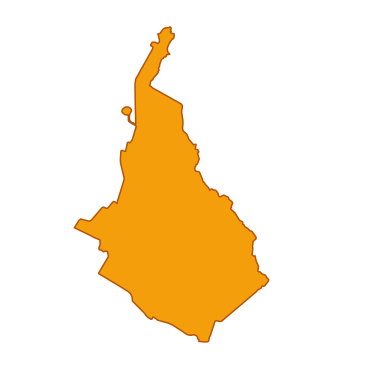 map outline of Ahal (orthographic projection), rotated 211°
{"feature_id": "TKM-352", "entity_name": "Ahal", "entity_type": "Province", "adm_level": 1, "iso_a3": "TKM", "parent_name": "Turkmenistan", "parent_adm1": "", "projection": "orthographic", "projection_center": [59.653, 37.88], "detail": "fine", "context": "isolated", "style": "filled", "palette": "amber", "viewbox_px": 384, "rotation_deg": 211, "n_neighbors": 0, "source": "natural_earth", "source_scale": "10m", "svg_char_len": 6012}
<svg xmlns="http://www.w3.org/2000/svg" viewBox="0 0 384 384"><g transform="rotate(211 192 192)"><path d="M293.1,319.4L292.6,318.9L293.0,318.2L292.6,317.7L292.2,317.5L291.8,317.6L289.5,318.1L288.8,318.3L287.7,316.6L287.1,315.3L286.9,313.9L287.1,313.5L287.7,312.9L287.8,312.5L287.8,311.5L287.8,311.2L288.1,309.9L288.1,309.3L287.8,308.9L288.1,307.7L288.0,306.8L287.8,305.9L287.6,303.9L287.3,302.9L286.9,302.0L286.4,301.2L285.7,300.4L284.9,299.6L283.9,299.2L282.8,299.0L282.2,298.7L282.7,298.1L283.6,297.3L284.2,296.7L284.2,296.2L284.0,295.1L284.1,294.4L284.4,294.1L284.8,293.9L285.2,293.6L285.4,293.0L285.4,292.0L285.6,291.5L285.8,291.1L286.3,290.5L286.3,290.1L286.3,289.8L286.1,288.2L285.4,284.7L284.7,283.6L284.6,283.1L284.5,281.8L284.4,281.2L284.2,280.6L284.1,280.3L283.8,279.9L283.4,279.7L283.0,279.5L283.1,279.1L283.3,278.7L282.6,277.1L282.8,274.4L283.7,269.9L283.5,269.0L283.4,268.4L283.6,267.8L283.8,267.3L284.1,266.8L284.2,266.2L284.3,265.5L284.2,264.8L283.6,263.4L283.2,261.5L281.4,261.3L279.2,260.9L246.3,261.9L244.8,261.1L243.9,259.5L242.6,256.1L241.6,254.5L236.8,248.8L234.8,245.6L233.1,242.0L231.7,240.3L230.1,239.6L226.4,238.9L224.8,237.9L221.8,235.5L215.4,233.4L214.9,233.4L214.5,233.6L214.0,234.4L213.7,234.7L213.3,234.8L212.7,234.4L212.4,233.4L212.1,232.4L211.8,231.5L211.1,230.7L210.4,230.6L209.0,231.1L208.6,231.1L208.3,230.9L207.6,230.3L206.9,230.1L206.8,229.7L206.9,228.9L207.2,228.6L207.2,228.3L207.0,227.9L206.1,227.0L203.4,224.6L202.8,223.9L202.0,220.0L201.9,218.8L202.0,218.2L202.5,217.2L202.4,216.7L202.1,216.1L202.2,214.9L202.0,214.1L201.2,212.9L200.3,212.1L199.3,211.8L196.8,212.9L195.8,212.8L189.9,208.5L188.5,207.0L188.0,206.8L186.7,206.5L186.1,206.4L185.5,205.9L183.8,205.1L180.4,204.3L177.7,202.7L177.5,203.1L177.4,204.0L176.8,204.7L176.3,204.9L175.8,204.9L174.9,204.7L174.4,204.7L174.1,204.9L173.8,205.3L173.4,205.5L172.4,205.6L171.4,205.4L169.5,204.6L167.3,202.6L166.6,202.2L165.7,202.3L165.0,202.8L164.5,203.6L164.1,204.5L163.5,205.4L162.7,205.8L158.7,206.1L158.1,206.0L156.9,205.1L156.4,204.8L152.9,204.3L152.2,204.0L151.4,203.3L151.2,202.7L151.2,201.9L151.1,200.9L151.0,200.5L150.3,199.1L150.3,198.7L150.4,198.3L150.4,197.9L150.0,197.5L149.3,197.2L148.6,197.0L147.1,196.8L144.2,196.1L137.4,192.6L135.8,192.2L133.6,192.4L133.0,192.2L132.7,191.8L132.4,190.9L132.1,190.6L131.7,190.5L131.0,190.7L130.6,190.6L130.0,190.3L129.5,189.8L128.9,189.4L128.2,189.4L127.6,189.5L125.4,189.5L123.2,188.8L122.5,188.7L121.7,188.8L121.0,189.0L120.3,189.1L114.0,186.4L113.0,184.9L113.9,182.0L114.0,181.1L113.9,180.1L112.9,178.7L112.5,177.0L111.1,175.4L110.6,174.6L109.8,172.7L108.9,170.9L108.7,170.4L108.7,170.0L108.6,169.6L108.1,169.3L107.2,169.0L106.7,168.9L106.2,168.9L105.4,169.3L105.1,169.7L101.4,165.9L97.3,162.9L96.6,162.2L95.8,160.7L95.6,160.3L95.1,158.4L94.8,158.1L94.5,158.0L93.8,158.0L92.5,158.5L92.1,158.6L91.7,158.5L90.6,158.0L90.0,157.9L89.1,157.9L86.9,158.5L86.4,158.5L85.7,158.2L83.2,156.9L82.5,156.7L81.6,156.6L81.1,156.3L80.9,155.9L80.7,155.5L80.7,154.6L81.3,149.5L81.4,149.0L81.6,148.6L81.9,148.2L83.0,147.7L83.3,147.5L83.4,147.2L83.5,146.6L83.3,145.5L83.4,145.0L83.7,144.5L85.1,142.0L85.3,141.6L85.4,140.8L85.6,139.4L100.1,96.6L100.5,96.0L100.8,95.8L101.8,95.2L104.6,94.3L105.1,93.9L105.4,93.6L105.7,93.2L105.6,92.5L102.4,78.6L102.0,75.3L101.8,74.9L101.4,73.9L101.1,73.0L101.1,72.5L101.2,72.1L101.5,71.7L103.9,70.0L109.1,67.5L109.3,68.2L109.6,68.6L109.9,68.8L111.5,69.2L111.9,69.5L112.7,70.5L112.9,70.7L113.4,71.0L113.9,71.0L116.5,70.7L116.8,70.6L117.2,70.4L118.8,68.8L119.8,68.3L122.5,67.3L139.8,68.0L144.8,67.4L155.3,64.5L159.9,65.0L160.7,64.9L160.9,64.7L161.0,64.4L160.9,62.9L160.9,62.6L161.0,62.3L161.1,62.1L161.3,61.9L161.5,61.8L161.9,61.8L165.2,61.8L168.1,62.6L170.0,63.5L187.0,67.9L189.0,70.8L189.6,71.3L192.1,73.1L195.3,73.8L206.1,74.0L229.5,74.0L230.0,74.1L230.2,74.4L230.3,75.0L230.4,92.9L230.5,93.6L230.8,94.1L233.3,97.1L233.6,97.2L234.0,97.3L234.8,97.1L235.8,96.6L236.2,96.2L236.7,95.5L237.1,95.2L237.5,95.1L238.1,95.2L239.3,95.5L239.9,95.5L240.3,95.4L241.5,94.8L241.8,94.8L242.2,95.0L242.7,95.6L243.0,96.3L243.2,96.8L243.5,98.7L243.8,100.1L243.9,100.3L244.3,100.8L244.8,101.2L245.2,101.7L245.3,101.9L245.6,103.0L245.8,103.2L247.1,103.4L252.7,102.5L254.5,102.6L274.4,100.8L274.3,109.6L273.8,110.5L273.4,111.6L270.7,112.3L265.1,114.0L263.8,115.9L261.2,131.2L261.0,132.1L260.5,133.1L259.8,133.5L257.1,133.9L256.3,134.3L256.0,135.0L255.7,135.8L254.9,141.6L254.7,142.5L254.3,143.4L253.6,143.7L252.9,143.8L250.6,143.6L256.2,166.2L257.1,168.8L268.2,180.1L270.0,182.7L273.7,189.8L274.0,191.0L273.6,191.5L272.8,191.8L271.0,192.1L270.3,192.3L269.9,192.7L270.1,193.4L272.3,199.6L272.7,201.3L272.2,201.9L271.5,202.2L270.6,202.3L270.2,203.9L270.3,206.8L273.6,219.5L274.1,219.8L274.7,219.9L276.1,219.9L277.1,219.9L277.9,219.7L281.9,219.9L282.6,220.0L283.1,220.3L283.3,220.5L283.8,221.1L286.1,225.1L287.5,224.5L288.8,223.9L290.4,223.8L292.3,224.2L293.1,224.5L293.5,224.9L293.7,225.3L294.0,225.9L294.1,226.5L294.1,227.2L293.9,228.2L293.6,229.1L293.2,229.8L292.6,230.6L292.4,230.9L291.2,231.6L290.1,232.0L289.5,232.1L288.9,232.1L288.2,232.0L287.5,231.9L286.8,231.5L286.4,231.2L285.9,230.6L285.6,230.2L285.6,227.4L285.3,226.2L284.7,224.9L283.7,223.0L283.0,222.1L282.1,221.3L281.5,221.0L279.5,220.6L278.9,220.7L278.0,220.9L275.9,221.0L275.6,221.0L275.3,221.2L275.4,221.6L285.5,237.5L296.2,254.7L298.4,259.7L299.4,292.7L299.7,295.6L300.3,295.8L300.8,296.2L302.8,296.2L303.1,296.6L303.3,299.4L303.2,299.7L302.5,300.3L302.0,300.5L301.4,301.0L301.0,301.3L300.4,301.5L299.0,301.5L298.1,301.7L297.8,301.9L297.5,302.2L297.2,302.9L297.2,303.3L297.2,303.6L298.0,305.1L298.3,305.5L298.9,306.3L299.6,306.9L301.4,308.8L302.1,309.3L302.6,309.7L302.5,309.9L302.4,310.1L301.5,311.1L301.1,311.5L301.0,311.8L301.0,312.1L300.7,316.2L300.5,317.0L300.4,317.5L299.0,319.2L298.6,319.5L297.1,320.6L296.7,321.0L296.2,321.7L295.7,322.2L295.4,322.1L294.9,322.0L294.5,321.8L294.2,321.5L293.9,321.1L293.9,320.8L294.1,320.2L293.3,319.4L293.1,319.4Z" fill="#f59e0b" stroke="#b45309" stroke-width="1.5"/></g></svg>